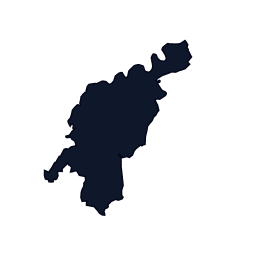 outline of Janub Al Jazirah, Gezira, Sudan, rotated 235°
{"feature_id": "16777658B42826552417214", "entity_name": "Janub Al Jazirah", "entity_type": "district", "adm_level": 2, "iso_a3": "SDN", "parent_name": "Sudan", "parent_adm1": "Gezira", "projection": "orthographic", "projection_center": [33.449, 14.094], "detail": "fine", "context": "isolated", "style": "filled", "palette": "ink", "viewbox_px": 256, "rotation_deg": 235, "n_neighbors": 0, "source": "geoboundaries", "source_scale": "gbopen_adm2", "svg_char_len": 3811}
<svg xmlns="http://www.w3.org/2000/svg" viewBox="0 0 256 256"><g transform="rotate(235 128 128)"><path d="M74.8,55.8L71.7,57.0L70.0,58.9L70.7,59.4L71.4,59.8L72.4,60.0L72.9,60.2L73.5,60.4L73.9,60.9L74.2,61.7L75.2,62.8L74.9,64.0L74.5,65.3L74.7,66.3L75.2,66.8L76.0,67.2L76.9,68.2L77.1,70.0L77.5,72.1L76.7,76.9L74.4,78.8L73.4,82.6L74.1,84.2L76.5,84.2L78.5,85.5L80.8,87.1L83.7,91.0L100.0,100.0L100.5,99.5L101.3,99.9L101.2,100.8L102.7,101.8L105.0,103.4L107.4,105.0L110.6,105.0L111.5,106.0L106.9,106.4L105.4,110.6L103.1,112.3L103.3,116.1L105.6,119.6L106.5,122.3L106.9,128.8L105.5,129.1L105.5,130.9L105.1,131.8L104.8,132.5L110.7,137.1L111.6,138.0L114.9,141.7L118.2,145.0L119.3,148.2L119.9,150.9L120.6,152.6L121.3,153.7L122.2,154.9L122.6,158.0L124.0,160.8L124.5,162.0L124.5,162.7L124.9,163.4L128.0,164.6L128.8,164.9L129.7,165.3L132.4,165.6L133.9,165.9L134.3,165.5L135.3,166.5L135.6,167.6L135.0,168.8L133.4,170.5L133.3,173.5L133.2,176.4L133.5,178.2L134.5,179.3L135.7,179.3L136.7,179.0L137.6,178.3L139.4,177.4L142.8,177.4L144.4,177.5L145.7,177.5L147.3,177.8L147.8,178.1L148.0,178.6L147.7,179.2L147.5,180.0L147.7,180.7L148.0,181.2L148.9,181.1L149.2,180.5L149.3,179.7L149.3,178.8L149.6,178.4L150.3,178.3L151.1,178.4L151.7,180.9L151.4,186.5L150.9,188.0L149.4,193.8L148.9,196.1L148.1,197.0L146.4,199.2L145.7,202.9L144.9,205.2L143.9,208.6L144.9,215.1L147.9,214.5L148.8,217.3L149.8,220.8L150.4,220.8L156.1,221.6L156.8,221.6L157.5,221.8L157.9,222.4L160.1,222.4L162.0,224.7L165.3,224.9L166.9,224.9L167.0,222.0L167.1,219.0L168.4,216.7L168.7,216.2L169.4,215.2L170.3,213.8L171.5,212.4L172.0,211.6L172.7,210.6L174.4,208.9L174.4,207.1L174.3,206.1L174.2,204.2L173.9,202.4L172.7,200.8L170.5,200.7L166.7,200.5L165.8,200.3L165.2,200.1L164.5,199.9L162.7,199.2L161.8,197.5L162.0,195.8L163.2,194.4L164.6,193.0L166.0,192.6L167.1,192.3L169.2,192.3L170.6,192.7L171.3,192.9L172.2,192.9L174.1,191.2L173.4,189.3L172.2,187.5L169.9,186.4L169.1,186.0L167.7,185.4L164.5,183.8L162.6,182.0L162.0,180.5L161.5,179.1L161.6,176.9L162.8,176.0L163.2,175.6L164.7,174.4L165.9,174.7L167.0,175.0L168.8,175.6L169.4,175.8L170.5,175.7L170.8,175.3L171.8,174.6L172.5,174.2L174.1,172.6L174.4,171.8L174.7,171.0L175.0,170.4L175.4,168.7L175.1,166.6L174.9,165.5L174.7,164.7L174.6,163.2L174.1,161.4L172.4,159.5L170.2,157.2L170.4,155.3L171.6,154.6L174.0,154.7L176.8,154.9L177.4,154.0L178.0,152.3L178.0,151.2L178.0,149.9L177.7,147.3L174.6,143.3L173.8,139.6L174.7,137.4L178.7,136.5L181.1,133.9L182.2,127.9L183.5,126.3L184.3,124.6L184.9,123.4L186.0,121.2L185.5,118.7L182.7,115.3L182.2,115.5L181.5,114.8L181.5,114.0L181.8,113.3L181.3,110.3L180.3,107.2L179.0,106.3L175.9,102.8L175.0,102.7L174.1,102.0L174.3,100.9L175.5,100.6L176.0,99.6L175.4,96.2L174.4,92.7L171.4,89.5L170.4,88.2L169.1,86.4L168.4,83.3L167.5,82.5L165.9,82.1L162.7,81.7L163.4,83.2L163.3,84.3L162.8,85.1L161.7,85.0L160.9,84.1L160.3,84.1L159.6,82.8L158.7,83.2L157.8,83.7L157.8,83.8L157.7,83.7L157.6,83.0L157.7,82.1L157.4,80.9L157.2,79.8L156.5,78.3L155.8,76.5L155.9,75.1L156.9,72.5L156.4,72.0L155.1,72.5L153.7,75.2L153.1,75.8L152.4,75.9L151.6,75.5L147.5,77.0L143.2,75.3L144.8,71.4L145.2,70.0L144.9,68.3L144.6,67.1L146.3,65.7L146.9,64.4L147.0,63.1L146.1,61.5L144.8,58.9L143.4,56.4L144.2,55.5L142.6,52.0L141.1,49.1L141.7,48.3L141.1,46.8L139.3,43.2L137.5,38.4L137.2,37.7L141.1,35.3L139.7,34.3L137.1,32.4L133.6,31.1L131.1,33.3L129.4,32.4L127.9,34.0L127.2,35.4L126.9,36.0L128.2,36.7L128.8,37.4L127.4,38.9L127.2,40.4L129.1,43.3L132.1,44.7L132.5,46.2L130.2,49.2L132.4,50.6L133.4,56.6L133.9,58.5L131.6,58.3L129.8,59.2L128.5,59.5L126.9,58.0L125.0,55.7L124.2,57.0L123.7,59.0L122.4,61.5L117.2,61.0L112.8,65.2L109.2,63.2L108.0,60.1L106.1,58.9L104.8,57.0L104.4,56.0L103.3,54.4L102.0,52.8L98.1,49.6L94.2,48.4L93.2,50.3L91.8,52.2L88.6,49.7L83.0,55.2L77.6,55.8L74.8,55.8Z" fill="#0f172a" stroke="#020617" stroke-width="1.5"/></g></svg>